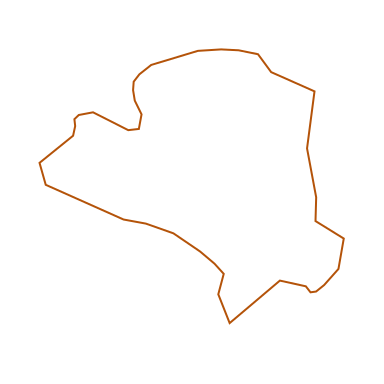 the Municipality of Škocjan, rotated 347°
{"feature_id": "SVN-989", "entity_name": "Škocjan", "entity_type": "Municipality", "adm_level": 1, "iso_a3": "SVN", "parent_name": "Slovenia", "parent_adm1": "", "projection": "equal_earth", "projection_center": [15.306, 45.911], "detail": "fine", "context": "isolated", "style": "outline", "palette": "amber", "viewbox_px": 384, "rotation_deg": 347, "n_neighbors": 0, "source": "natural_earth", "source_scale": "10m", "svg_char_len": 627}
<svg xmlns="http://www.w3.org/2000/svg" viewBox="0 0 384 384"><g transform="rotate(347 192 192)"><path d="M199.2,328.2L194.6,297.6L204.5,278.9L197.8,266.9L186.5,251.8L164.6,228.1L139.9,212.4L119.1,203.4L51.1,152.1L50.0,129.3L88.8,110.4L93.0,101.5L93.8,94.6L99.0,91.5L113.5,92.1L143.8,117.4L154.4,118.6L160.3,105.0L156.8,90.1L157.5,79.5L160.0,71.4L167.2,65.5L180.9,59.0L229.5,55.8L252.4,59.6L269.3,64.4L287.3,72.6L296.1,93.0L334.0,121.5L313.9,175.4L311.8,225.1L305.8,248.1L329.4,271.5L317.4,299.9L299.8,312.4L290.5,316.9L284.9,316.4L281.7,309.5L257.7,298.1L199.2,328.2Z" fill="none" stroke="#b45309" stroke-width="2"/></g></svg>